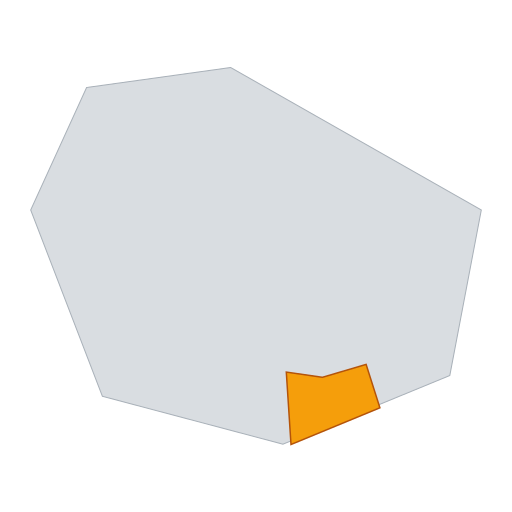 where Aiwo sits in Nauru, rotated 270°
{"feature_id": "NRU-4972", "entity_name": "Aiwo", "entity_type": "state/province", "adm_level": 1, "iso_a3": "NRU", "parent_name": "Nauru", "parent_adm1": "", "projection": "orthographic", "projection_center": [166.914, -0.531], "detail": "fine", "context": "in_parent", "style": "filled", "palette": "amber", "viewbox_px": 512, "rotation_deg": 270, "n_neighbors": 0, "source": "natural_earth", "source_scale": "10m", "svg_char_len": 397}
<svg xmlns="http://www.w3.org/2000/svg" viewBox="0 0 512 512"><g transform="rotate(270 256 256)"><path d="M444.5,230.6L302.0,481.3L136.5,449.8L67.8,282.9L115.7,102.4L302.0,30.7L424.5,86.6L444.5,230.6Z" fill="#d9dde1" stroke="#a8b0b8" stroke-width="1"/><path d="M104.2,379.9L67.5,291.0L139.9,286.3L134.7,322.4L147.6,366.1L104.2,379.9Z" fill="#f59e0b" stroke="#b45309" stroke-width="1.5"/></g></svg>